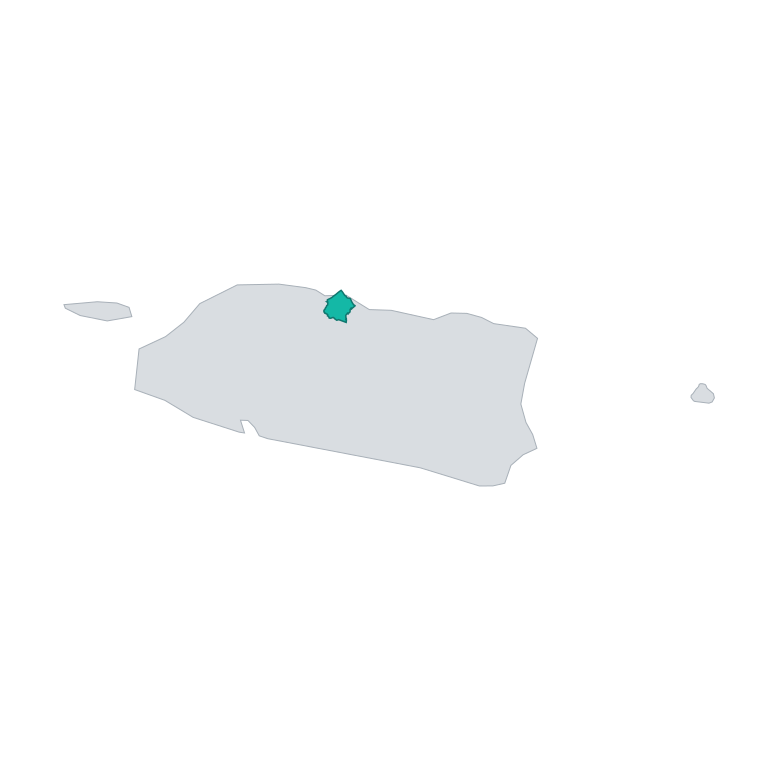 Santa Isabel, Puerto Rico shown in context, rotated 189°
{"feature_id": "32010507B73228350773325", "entity_name": "Santa Isabel", "entity_type": "district", "adm_level": 2, "iso_a3": "PRI", "parent_name": "Puerto Rico", "parent_adm1": "", "projection": "natural_earth1", "projection_center": [-66.389, 17.99], "detail": "fine", "context": "in_parent", "style": "filled", "palette": "teal", "viewbox_px": 768, "rotation_deg": 189, "n_neighbors": 0, "source": "geoboundaries", "source_scale": "gbopen_adm2", "svg_char_len": 2640}
<svg xmlns="http://www.w3.org/2000/svg" viewBox="0 0 768 768"><g transform="rotate(189 384 384)"><path d="M505.0,320.9L512.7,326.7L520.1,325.8L514.1,313.8L519.6,313.8L567.3,321.2L597.9,333.6L629.4,339.5L631.4,380.3L607.2,396.6L591.3,413.7L578.5,434.6L544.5,458.9L503.5,466.2L476.3,466.9L466.1,466.1L456.2,461.9L435.6,465.9L410.2,455.2L388.4,457.9L345.1,455.3L328.9,464.6L313.3,466.7L298.1,465.0L285.1,460.8L253.0,461.2L239.5,453.1L245.2,406.7L245.7,385.6L237.8,368.3L229.2,357.3L222.9,344.4L235.5,335.9L245.9,323.5L249.2,304.9L260.5,300.4L273.8,298.2L335.1,306.9L490.3,311.8L499.1,313.3L505.0,320.9ZM680.0,420.4L660.5,422.2L647.8,419.8L643.6,411.1L667.2,403.0L694.8,404.1L710.6,409.0L712.5,412.3L680.0,420.4ZM71.5,433.8L69.2,434.1L66.8,433.8L65.8,433.0L64.2,430.3L57.1,425.9L55.5,421.9L57.1,417.6L60.0,415.9L74.4,415.4L75.8,415.9L78.7,418.8L78.8,420.9L77.3,422.9L74.8,428.1L73.8,429.3L72.9,430.7L72.6,433.0L71.5,433.8Z" fill="#d9dde1" stroke="#a8b0b8" stroke-width="1"/><path d="M431.0,438.9L431.0,439.6L431.2,439.8L431.0,440.6L431.3,441.5L431.3,442.3L431.4,442.5L431.9,442.1L431.9,442.4L431.6,443.1L431.7,443.3L432.1,443.6L432.2,444.1L432.2,444.8L432.5,445.2L432.5,445.7L432.2,446.4L431.7,447.0L431.3,448.0L430.7,447.8L430.8,448.1L431.0,448.4L430.8,448.6L430.0,448.5L429.1,449.3L428.9,450.1L428.9,450.8L429.1,452.2L428.5,453.7L428.3,453.9L428.2,453.8L428.3,453.1L427.8,452.9L427.6,453.4L427.3,453.7L427.1,454.2L426.1,455.0L425.5,456.0L424.8,456.7L425.0,456.9L425.1,457.0L426.4,457.5L427.0,458.2L427.4,458.5L427.6,458.8L428.1,459.4L428.6,460.0L428.9,460.4L430.4,462.8L431.1,463.3L432.1,463.2L433.3,463.2L433.6,463.2L434.8,464.0L435.0,464.6L435.1,464.8L436.6,465.3L437.7,466.5L437.8,466.7L438.1,467.0L439.6,468.6L441.0,469.8L442.2,468.7L442.8,468.1L442.9,467.9L443.3,467.6L444.9,465.7L445.6,464.9L446.5,464.0L447.3,463.2L447.7,462.8L447.8,462.7L448.9,461.4L449.0,461.3L449.9,460.6L450.8,459.9L451.6,459.4L453.1,458.3L453.1,457.7L452.6,456.7L452.7,456.3L453.3,456.2L452.8,455.9L452.3,455.8L452.1,454.8L452.1,453.9L452.0,453.3L452.5,452.7L452.8,452.5L453.0,451.8L453.2,450.8L453.7,450.0L453.9,449.6L453.9,448.8L454.7,447.7L454.8,447.3L454.8,446.7L454.6,446.5L454.6,445.9L454.2,445.6L454.1,445.3L453.7,445.1L453.8,445.0L453.6,444.7L453.2,444.6L452.8,444.5L452.6,444.6L452.4,444.6L452.2,444.4L451.7,444.1L451.3,444.2L450.7,443.8L450.5,443.7L450.5,443.2L450.4,442.8L450.5,442.5L449.7,442.2L448.9,441.5L448.5,440.6L447.4,440.5L446.1,441.0L445.5,441.5L444.9,441.6L444.7,441.8L444.0,441.4L443.2,441.2L442.5,440.4L441.4,440.0L441.2,439.8L440.7,439.6L439.5,440.1L438.9,440.5L431.0,438.9Z" fill="#14b8a6" stroke="#0f766e" stroke-width="1.5"/></g></svg>